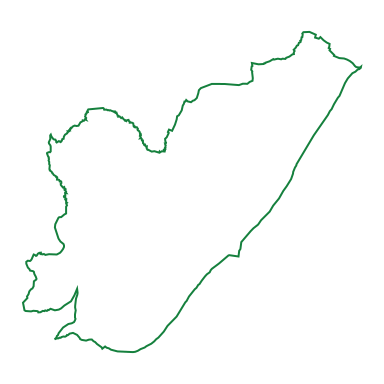 outline of Kaeng Khro, Chaiyaphum, Thailand
{"feature_id": "78962969B55308089725045", "entity_name": "Kaeng Khro", "entity_type": "district", "adm_level": 2, "iso_a3": "THA", "parent_name": "Thailand", "parent_adm1": "Chaiyaphum", "projection": "natural_earth1", "projection_center": [102.171, 16.134], "detail": "fine", "context": "isolated", "style": "outline", "palette": "green", "viewbox_px": 384, "rotation_deg": 0, "n_neighbors": 0, "source": "geoboundaries", "source_scale": "gbopen_adm2", "svg_char_len": 5802}
<svg xmlns="http://www.w3.org/2000/svg" viewBox="0 0 384 384"><path d="M303.4,32.2L302.3,33.6L302.7,34.5L302.3,37.1L301.6,37.3L301.2,40.0L300.3,40.7L300.7,41.3L300.5,42.1L298.9,42.8L298.1,45.2L296.8,45.7L295.8,47.6L293.7,49.8L294.6,51.0L293.8,52.4L293.9,54.1L292.5,54.3L289.4,56.6L286.2,57.8L285.4,58.9L282.4,58.7L281.2,59.3L277.9,58.7L273.9,59.6L273.3,59.1L269.6,61.3L265.4,62.7L265.3,63.2L264.0,63.4L263.7,64.0L258.5,64.3L251.9,63.0L252.4,66.0L251.7,66.4L251.2,69.8L252.3,71.4L252.1,72.2L252.8,78.2L252.5,80.8L249.7,81.9L247.4,83.8L242.9,83.7L238.9,85.1L224.7,84.0L211.9,83.9L200.9,88.1L198.9,90.2L198.3,93.2L196.8,98.0L194.5,100.2L192.9,100.7L191.0,102.2L187.7,101.4L186.2,100.0L185.4,101.5L184.5,101.5L183.7,104.2L182.8,105.5L181.7,110.4L178.8,115.3L177.1,116.3L176.7,119.3L175.0,124.6L172.1,130.8L169.0,129.6L167.9,132.1L168.7,132.8L168.6,133.3L166.7,137.3L165.1,138.8L165.3,141.0L165.6,142.2L166.0,142.5L165.9,143.0L165.3,143.2L165.6,143.5L165.1,144.1L165.7,145.4L165.4,145.9L165.5,147.5L165.0,147.8L165.4,149.1L165.1,149.3L165.0,150.1L164.1,149.5L163.7,149.9L164.2,151.5L161.7,151.3L160.0,152.4L159.5,151.6L159.0,152.6L154.4,151.2L151.7,151.6L148.1,149.7L147.5,149.8L146.7,148.5L146.8,146.7L146.3,147.0L145.1,144.8L144.6,145.3L144.1,144.9L143.5,143.4L143.0,143.1L142.9,140.5L141.9,140.4L141.7,138.8L140.8,138.2L140.2,138.3L140.8,137.4L140.3,136.5L140.6,135.8L139.9,135.7L140.1,134.4L140.8,134.5L140.6,133.6L139.9,133.2L139.6,131.8L138.9,130.9L137.8,130.3L137.5,129.4L137.9,128.8L136.8,127.2L135.5,127.4L134.8,126.5L134.3,127.0L133.7,126.4L133.2,123.3L131.8,122.6L130.2,122.7L130.4,122.3L129.6,122.0L129.6,121.5L128.9,121.0L128.5,119.9L127.0,120.2L126.5,121.0L126.2,120.7L125.5,120.9L125.0,120.7L124.9,119.9L123.8,119.5L122.2,117.4L121.2,118.1L119.6,116.4L118.6,116.6L118.7,116.3L118.0,116.0L118.2,115.7L117.3,114.9L116.7,113.2L116.5,113.4L115.0,112.5L115.6,112.1L115.3,111.5L114.1,111.4L114.0,111.8L110.0,110.2L109.4,110.5L108.0,110.0L107.5,110.2L106.5,109.6L104.2,109.7L103.8,108.5L103.1,108.0L88.3,109.4L87.6,110.5L87.8,111.6L87.3,111.7L87.6,112.2L87.1,112.3L87.0,112.8L86.2,113.3L86.2,113.9L85.5,114.4L85.7,114.8L85.1,116.6L86.2,118.0L85.9,118.7L85.5,118.4L85.3,118.7L86.0,119.8L85.0,119.4L84.0,120.7L82.8,120.4L82.8,121.1L80.4,122.4L78.5,125.7L76.7,126.0L74.6,125.6L72.6,126.6L71.5,128.0L70.9,127.8L70.2,128.6L70.5,129.0L69.6,129.9L69.8,130.3L69.1,130.3L69.2,131.1L67.7,131.2L68.1,132.0L67.3,132.6L67.2,133.3L65.0,134.7L63.9,136.6L63.6,138.8L62.3,139.1L61.9,140.5L61.5,140.7L61.4,141.4L60.6,142.1L58.9,141.1L56.7,142.5L56.2,142.0L56.3,141.3L55.4,139.6L54.1,139.5L53.2,138.9L51.4,136.4L50.8,134.6L50.2,135.4L50.3,139.0L48.8,142.3L49.0,143.5L50.4,145.4L50.7,146.7L50.7,151.4L50.1,152.2L49.1,152.1L47.2,152.8L47.0,153.5L48.2,156.7L48.8,157.2L48.7,158.5L49.0,159.0L48.6,160.5L49.2,161.8L49.2,164.2L49.8,165.2L49.4,169.1L49.9,169.7L49.8,170.5L51.6,171.7L52.3,173.2L52.6,173.2L53.7,174.9L56.6,176.7L56.4,177.3L57.2,177.6L57.0,179.6L58.7,179.7L59.2,180.0L59.6,181.2L60.0,180.9L61.2,181.5L61.4,183.0L60.7,183.7L60.8,184.9L62.1,186.6L62.7,186.8L63.0,187.6L63.8,187.9L64.3,187.4L64.6,188.6L65.6,189.1L65.5,190.2L64.9,190.3L66.1,191.6L65.8,192.4L66.4,193.2L65.1,193.1L65.3,195.7L64.0,196.1L63.9,196.5L64.1,197.0L65.1,197.0L65.6,198.3L65.4,198.9L66.3,199.1L66.2,199.9L65.5,199.8L66.2,201.0L66.1,202.2L67.0,202.8L66.2,203.6L67.0,205.3L66.1,206.7L66.1,213.5L64.3,214.5L61.2,217.1L59.2,217.2L58.4,217.9L55.3,224.2L54.9,227.5L58.5,238.6L60.4,241.5L63.5,244.0L64.0,245.4L64.0,246.9L63.1,248.9L61.4,251.3L60.0,252.8L56.8,254.5L49.0,254.2L45.4,254.9L43.9,254.0L42.6,254.4L41.7,254.2L41.1,253.1L40.6,254.0L40.2,253.8L40.1,252.8L39.4,252.8L37.9,253.7L36.7,255.6L36.0,255.9L34.8,254.9L33.7,254.5L31.6,259.3L30.8,260.4L30.0,261.0L27.8,260.7L26.3,261.8L26.3,263.7L27.9,267.6L29.4,269.1L30.1,270.6L32.8,271.1L33.8,271.7L34.4,274.1L35.8,276.7L36.5,278.8L36.3,279.5L33.9,281.3L33.6,286.3L32.4,288.5L31.0,289.3L29.3,291.4L28.5,294.3L27.0,296.5L27.4,298.0L23.0,302.7L24.5,310.3L25.7,311.0L31.1,311.4L33.3,310.8L37.2,311.1L37.9,311.4L38.3,312.4L40.5,312.2L42.8,310.9L44.5,311.1L45.2,310.4L46.9,310.9L48.0,309.9L48.7,310.1L50.5,308.8L54.9,310.3L58.8,309.6L61.1,308.4L64.4,305.5L71.0,301.3L74.4,295.3L77.1,288.8L77.6,292.9L77.3,294.8L76.0,298.7L75.2,305.3L75.1,307.4L75.7,310.4L75.0,314.4L75.0,317.6L75.5,318.9L74.8,320.7L74.0,322.1L71.7,323.3L68.4,324.0L63.1,327.5L58.7,333.1L57.9,335.2L56.9,336.0L56.4,337.6L54.6,339.3L56.8,338.4L58.6,338.3L59.4,337.7L60.7,337.8L61.4,337.1L63.4,336.5L65.0,336.7L66.4,336.0L67.0,335.0L67.7,335.2L68.4,334.8L69.5,333.7L73.0,332.9L77.1,334.9L79.5,337.7L80.2,339.1L81.8,339.9L86.1,340.6L89.1,339.6L91.8,339.5L93.5,341.2L95.2,342.1L97.0,344.0L101.6,347.3L102.3,348.7L105.1,346.5L106.6,347.7L108.8,348.3L111.0,349.7L117.5,351.4L133.0,352.1L135.2,351.8L137.8,350.8L140.6,349.1L144.7,347.5L146.4,346.2L151.3,343.7L154.2,341.4L156.2,339.2L158.4,337.6L163.8,331.6L167.5,325.9L176.6,316.6L185.3,302.3L186.6,301.0L189.0,296.5L194.8,289.2L196.4,287.9L198.3,284.8L199.4,284.2L201.7,280.7L205.0,276.4L206.9,274.3L209.7,272.3L210.7,270.2L211.9,268.8L219.0,263.5L228.5,255.4L229.5,255.2L238.5,256.5L239.2,250.8L240.4,249.0L241.3,242.1L250.6,231.2L253.5,228.2L258.1,224.6L261.1,220.2L269.7,211.6L273.2,205.6L279.0,198.5L283.3,190.9L286.7,186.2L291.1,179.1L293.0,173.7L293.2,171.9L295.0,167.5L296.3,165.5L296.5,164.3L313.8,135.3L327.9,115.0L329.9,111.1L331.6,109.2L334.0,104.2L337.9,97.7L339.5,95.9L345.0,83.1L347.8,78.4L352.4,73.2L355.4,71.7L357.7,69.5L359.3,69.1L360.8,67.8L361.0,66.7L360.3,67.3L359.0,67.5L356.3,67.1L355.0,66.1L352.7,63.2L349.8,61.0L346.9,59.5L344.1,58.5L339.3,58.1L333.9,55.9L334.2,55.0L329.5,50.3L330.1,48.9L328.7,48.0L329.3,46.6L329.6,43.9L326.8,42.6L323.6,40.3L320.4,37.1L318.8,38.7L315.1,37.6L315.8,34.7L309.5,31.9L303.4,32.2Z" fill="none" stroke="#15803d" stroke-width="2"/></svg>